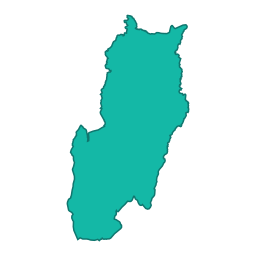 Kaniama, Katanga, Democratic Republic of the Congo
{"feature_id": "63176286B16885288794784", "entity_name": "Kaniama", "entity_type": "district", "adm_level": 2, "iso_a3": "COD", "parent_name": "Democratic Republic of the Congo", "parent_adm1": "Katanga", "projection": "mercator", "projection_center": [24.189, -7.846], "detail": "fine", "context": "isolated", "style": "filled", "palette": "teal", "viewbox_px": 256, "rotation_deg": 0, "n_neighbors": 0, "source": "geoboundaries", "source_scale": "gbopen_adm2", "svg_char_len": 5804}
<svg xmlns="http://www.w3.org/2000/svg" viewBox="0 0 256 256"><path d="M185.9,24.8L183.0,25.1L175.2,28.6L174.4,28.2L172.3,25.6L171.7,25.6L170.8,26.6L169.4,32.4L166.9,33.6L163.2,33.5L160.8,33.3L158.6,32.7L156.7,32.6L154.6,34.0L151.5,33.7L150.6,34.1L147.9,33.1L147.2,32.1L146.4,32.0L146.0,31.0L145.7,30.8L145.4,31.1L144.9,31.1L144.3,30.5L143.7,30.6L142.8,30.1L142.1,30.1L141.9,29.6L141.3,29.2L139.8,29.1L139.3,29.6L138.7,29.5L138.3,29.2L137.7,29.4L137.3,29.3L137.1,28.9L136.4,29.1L135.5,28.3L135.8,27.8L136.5,27.4L136.8,26.9L136.8,26.3L136.5,25.3L136.7,24.0L135.7,22.3L135.4,21.2L134.7,20.5L133.6,18.3L132.4,17.9L131.9,16.5L131.0,16.3L130.8,16.0L127.6,15.4L127.2,15.6L127.3,16.2L127.1,17.2L127.2,17.5L128.5,18.6L128.4,19.1L127.4,20.3L124.6,20.4L124.2,20.8L124.5,22.2L124.8,22.5L126.3,22.3L126.5,23.9L127.8,25.3L127.4,25.8L125.3,27.1L125.2,27.5L125.4,28.0L125.9,28.5L127.2,29.1L126.5,31.9L126.5,33.1L124.8,32.9L124.5,33.1L124.2,35.1L124.0,35.5L123.2,35.7L123.2,34.9L122.6,34.6L121.6,34.7L121.3,34.4L120.6,34.5L119.3,35.4L118.6,35.1L117.7,35.2L117.0,36.0L116.9,37.1L116.4,37.7L115.8,40.2L115.1,40.8L113.5,41.7L113.4,42.4L113.0,42.7L111.5,46.6L110.6,47.2L110.1,47.9L107.9,49.1L107.8,49.4L108.2,50.4L107.7,51.0L107.3,51.2L106.6,50.7L105.2,52.1L105.5,53.0L105.3,54.1L105.7,55.3L108.1,58.3L107.4,58.7L107.2,59.2L107.3,59.8L106.6,61.6L107.1,62.3L106.4,63.1L106.8,64.2L105.7,64.8L105.3,65.4L105.3,66.0L105.8,67.8L106.2,68.3L107.1,68.6L108.4,68.7L109.2,69.4L109.3,70.1L109.9,70.6L110.9,70.5L111.0,71.1L110.2,72.1L108.8,72.1L107.3,72.9L107.4,73.3L106.9,74.9L107.1,76.1L106.8,76.8L106.5,80.1L105.9,80.7L105.8,81.7L105.3,82.2L105.5,83.3L104.6,85.0L104.8,85.3L104.5,85.8L103.7,86.4L103.5,88.1L102.5,88.6L101.5,89.5L101.2,90.2L102.1,92.4L102.0,93.0L101.8,93.0L101.2,93.6L100.5,94.5L101.5,95.2L101.7,95.6L101.6,96.7L102.3,98.0L101.0,100.6L101.3,101.7L100.7,103.0L101.6,105.9L101.7,106.7L101.5,107.2L100.6,108.2L101.7,108.5L101.9,108.7L101.3,109.5L100.9,110.9L100.4,111.8L100.3,112.6L100.6,113.8L103.7,119.4L104.2,120.0L104.1,120.7L104.8,121.6L105.1,122.4L105.2,123.9L104.9,124.7L104.0,125.5L104.5,126.4L102.6,127.3L98.3,129.9L93.0,131.2L89.0,132.7L88.4,133.8L88.8,137.3L88.7,140.7L87.6,141.2L87.9,138.6L87.4,137.1L87.5,136.0L86.3,130.3L85.8,129.5L83.9,128.3L83.2,127.7L82.8,126.8L81.0,125.3L80.3,126.0L78.6,129.4L76.3,132.0L76.2,132.4L76.5,133.8L76.3,134.7L76.5,135.3L76.0,135.7L75.9,136.3L75.1,137.1L75.1,137.6L73.3,139.7L73.4,140.6L73.0,141.5L73.0,142.4L72.3,144.0L72.6,144.8L72.4,145.3L73.3,146.3L71.3,149.8L70.6,152.1L70.6,152.6L71.5,153.5L72.1,155.2L73.1,156.0L73.5,157.0L73.4,158.1L73.6,160.1L74.5,162.5L73.6,166.4L72.5,169.2L72.6,170.2L74.4,176.1L74.5,179.2L73.2,183.9L73.1,186.6L72.2,190.1L71.4,195.3L70.7,197.2L70.8,197.5L70.5,198.1L69.1,198.9L68.5,199.6L67.5,202.1L67.3,203.8L68.6,210.1L69.4,211.0L71.8,212.4L73.0,214.2L73.0,214.5L72.2,215.4L71.9,216.0L71.8,218.0L72.8,220.5L73.5,221.4L73.3,226.7L73.9,230.4L77.8,239.5L80.1,237.8L82.8,239.0L86.8,239.0L88.5,239.3L90.6,240.0L93.0,240.2L94.6,240.3L97.8,239.4L99.3,240.6L100.7,239.2L101.5,239.2L101.9,238.8L102.2,238.2L103.0,239.0L103.9,239.2L106.1,239.0L106.6,239.2L107.3,238.9L109.4,238.8L110.8,238.0L114.5,233.7L120.8,228.5L121.6,227.2L121.5,225.2L121.3,224.9L120.8,224.7L120.0,222.5L119.5,221.8L115.8,219.5L114.5,219.2L114.2,218.9L114.9,216.0L116.1,214.8L116.3,213.2L116.1,211.4L116.4,210.6L116.9,211.5L118.2,211.6L121.9,207.2L125.0,204.3L127.3,201.6L127.6,201.3L130.2,201.5L131.1,201.2L132.2,200.0L133.7,196.3L134.4,196.4L135.4,199.0L137.5,200.4L138.3,202.8L139.5,204.8L140.6,205.3L141.4,205.3L142.2,205.0L142.5,204.6L145.7,208.4L147.6,209.1L149.2,208.7L150.4,207.2L151.2,205.2L150.5,203.1L150.7,201.8L151.5,200.3L151.9,198.4L153.9,196.1L154.5,195.1L154.7,193.9L155.0,189.7L154.8,189.2L154.2,188.9L154.2,188.4L156.0,184.9L156.1,183.4L156.9,181.7L156.5,180.3L156.9,177.3L158.4,174.0L158.4,172.9L158.2,172.3L158.4,171.1L159.4,169.4L162.4,165.9L163.8,162.8L164.4,162.5L164.9,161.6L165.1,160.5L164.8,159.1L164.2,159.1L164.0,158.3L163.4,158.0L163.5,156.4L164.8,154.6L165.6,154.3L167.0,153.2L167.5,151.5L167.3,150.7L167.6,149.8L167.2,148.1L167.3,147.2L167.9,146.3L167.3,146.0L168.1,144.6L167.6,143.3L167.9,142.6L169.0,142.1L169.2,141.3L169.6,140.7L169.8,139.2L170.8,137.5L170.7,137.1L170.3,136.9L170.4,136.0L170.0,135.4L171.3,134.9L172.3,133.9L172.3,132.8L174.4,130.3L175.0,130.0L175.4,128.4L176.5,127.6L176.9,126.6L179.1,125.7L179.6,126.2L179.9,126.1L180.7,126.6L181.3,126.2L181.6,125.5L181.3,124.5L182.2,123.8L183.3,121.4L183.5,120.3L183.9,119.8L183.9,118.7L184.6,118.4L186.2,115.6L185.9,113.0L186.6,112.7L187.3,112.1L188.0,112.4L188.5,111.3L188.4,110.6L188.7,109.4L188.5,108.1L188.0,107.7L188.4,107.0L188.2,106.1L188.5,105.6L188.1,104.1L188.5,103.4L187.9,103.0L187.9,102.5L188.2,102.3L187.6,101.7L187.1,101.5L186.7,100.9L186.0,100.7L185.8,100.0L185.3,99.5L185.8,95.0L185.2,94.2L184.6,94.3L183.5,95.1L183.1,95.1L182.8,94.1L182.3,93.5L181.3,93.6L179.7,92.9L179.0,91.7L179.6,89.9L181.0,90.0L181.1,89.3L181.7,88.6L180.3,87.8L179.3,86.1L179.4,85.9L179.8,85.9L180.0,85.4L179.8,84.6L180.6,84.5L180.9,83.5L180.1,81.1L180.4,80.5L180.3,80.0L181.0,79.0L180.2,78.8L181.0,77.6L181.1,76.9L181.7,76.8L181.9,76.3L181.6,75.3L181.7,74.3L181.3,73.7L182.2,71.5L181.8,70.7L181.9,69.6L181.7,69.1L180.7,68.4L180.5,67.7L179.6,67.1L179.4,65.1L180.0,64.7L180.0,64.4L179.4,63.8L179.3,63.1L180.7,58.6L179.9,58.3L179.6,57.7L178.5,57.0L179.1,55.6L178.8,55.0L178.1,54.4L177.3,54.1L176.1,54.5L175.3,53.8L175.8,52.9L175.6,52.6L174.9,52.5L175.2,51.4L176.0,50.9L176.3,50.2L177.1,49.9L177.9,47.5L177.7,46.5L177.8,45.6L178.5,44.1L179.2,43.8L179.9,44.2L180.6,42.2L180.4,41.0L181.0,39.6L182.0,38.7L181.8,37.4L182.4,36.6L181.7,35.1L181.8,34.3L182.4,33.8L183.3,31.7L183.9,31.1L184.1,29.9L186.3,28.5L186.9,27.7L187.1,26.4L186.7,25.6L185.9,24.8Z" fill="#14b8a6" stroke="#0f766e" stroke-width="1.5"/></svg>